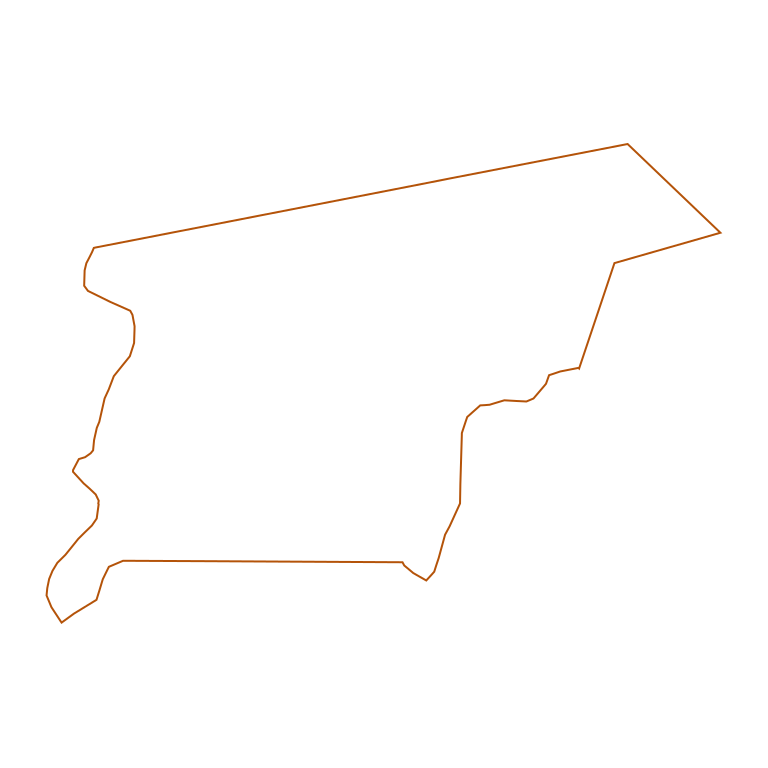 the district of Morne Tabac, Soufrière, Saint Lucia, rotated 181°
{"feature_id": "8701671B46937841277831", "entity_name": "Morne Tabac", "entity_type": "district", "adm_level": 2, "iso_a3": "LCA", "parent_name": "Saint Lucia", "parent_adm1": "Soufrière", "projection": "equal_earth", "projection_center": [-61.03, 13.874], "detail": "fine", "context": "isolated", "style": "outline", "palette": "amber", "viewbox_px": 768, "rotation_deg": 181, "n_neighbors": 0, "source": "geoboundaries", "source_scale": "gbopen_adm2", "svg_char_len": 1377}
<svg xmlns="http://www.w3.org/2000/svg" viewBox="0 0 768 768"><g transform="rotate(181 384 384)"><path d="M702.2,139.8L690.0,149.0L667.7,163.2L665.0,172.4L661.8,183.8L659.2,189.4L655.9,196.4L641.8,202.7L554.5,203.8L362.4,206.1L360.6,202.9L352.3,196.2L351.6,195.6L348.2,193.7L338.3,188.3L332.8,194.5L330.5,197.2L328.5,203.9L326.3,210.9L320.3,234.4L316.1,242.5L315.9,242.9L305.9,265.9L305.9,285.4L305.3,333.6L305.3,336.3L301.5,348.5L300.2,352.5L295.1,357.2L287.4,364.3L283.2,364.6L278.0,365.1L275.3,366.0L263.4,369.8L250.7,369.3L241.3,369.0L234.3,372.1L223.5,385.2L222.0,387.1L219.1,395.7L215.0,397.1L208.0,399.6L189.9,403.5L189.5,403.2L189.2,402.9L170.6,461.7L155.7,508.9L50.3,541.1L144.1,627.7L144.6,628.2L320.6,590.9L349.9,584.6L510.9,550.3L675.0,515.4L676.5,515.0L678.2,510.8L680.5,506.0L683.7,499.6L685.3,492.4L685.5,477.0L681.6,471.9L659.1,461.3L639.0,452.8L636.7,448.7L634.4,437.4L634.4,433.9L634.6,420.6L638.6,407.3L645.7,398.2L654.3,387.1L659.1,373.8L663.1,364.7L668.0,341.2L670.4,335.1L672.9,322.9L673.7,312.6L676.1,309.6L681.6,305.6L687.8,303.6L693.4,292.5L693.4,290.8L682.6,279.4L676.5,274.2L670.3,268.5L667.2,262.3L667.6,259.4L667.2,258.8L668.9,244.5L673.6,237.4L680.7,230.3L687.0,223.8L692.5,216.7L699.6,207.6L707.5,199.5L712.2,191.4L715.4,183.2L717.1,174.1L717.7,166.7L712.6,155.0L703.4,141.5L702.2,139.8Z" fill="none" stroke="#b45309" stroke-width="2"/></g></svg>